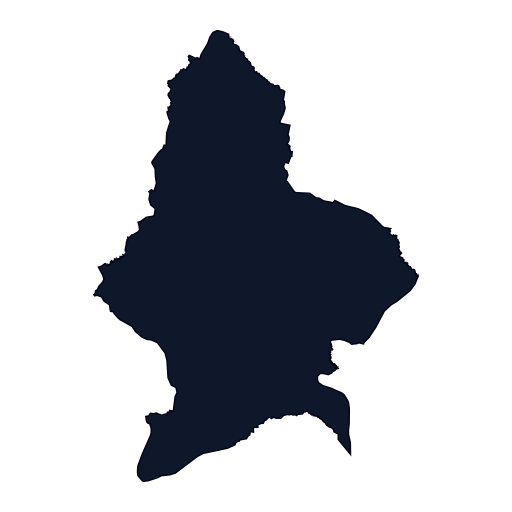 Nong Muang, Lop Buri, Thailand
{"feature_id": "78962969B8499402752452", "entity_name": "Nong Muang", "entity_type": "district", "adm_level": 2, "iso_a3": "THA", "parent_name": "Thailand", "parent_adm1": "Lop Buri", "projection": "albers", "projection_center": [100.697, 15.296], "detail": "fine", "context": "isolated", "style": "filled", "palette": "ink", "viewbox_px": 512, "rotation_deg": 0, "n_neighbors": 0, "source": "geoboundaries", "source_scale": "gbopen_adm2", "svg_char_len": 6016}
<svg xmlns="http://www.w3.org/2000/svg" viewBox="0 0 512 512"><path d="M158.0,477.5L161.2,475.7L169.8,474.8L175.3,473.1L197.1,456.6L203.0,453.4L227.7,448.1L234.7,444.9L234.5,444.2L235.2,444.1L234.9,442.9L236.7,442.5L236.9,441.4L239.3,441.1L239.9,439.9L246.4,438.7L248.1,436.0L249.8,434.9L250.1,431.6L253.5,432.1L253.3,427.5L257.9,427.2L257.7,424.9L261.2,423.4L263.2,423.3L264.7,420.0L265.7,420.3L268.7,417.3L269.9,417.3L271.4,418.6L273.2,417.3L276.5,418.2L280.9,418.1L283.7,415.3L287.5,414.5L289.6,414.8L290.9,414.1L292.9,415.0L295.2,414.7L296.6,415.5L297.9,414.3L302.6,413.9L303.6,412.0L305.2,412.0L305.7,411.3L308.0,411.3L308.8,413.0L309.6,413.1L311.5,414.8L312.8,414.6L313.2,415.6L317.2,416.2L317.7,417.1L319.2,417.4L319.6,418.3L321.8,419.4L323.7,421.9L324.8,422.4L326.7,425.2L327.8,425.3L328.2,426.4L332.2,428.1L333.5,429.7L334.0,431.8L338.3,434.0L338.2,439.4L350.5,454.4L350.3,442.6L348.5,434.6L348.4,430.5L349.1,424.0L349.3,409.2L348.5,402.6L347.7,400.7L344.1,394.8L341.9,393.1L330.9,388.2L322.7,385.6L318.7,382.8L317.6,380.7L317.3,376.5L320.1,373.4L323.3,373.5L328.5,374.6L331.9,372.8L332.1,372.0L335.1,370.3L335.6,369.2L338.1,368.4L337.8,367.9L336.1,367.9L337.2,367.1L336.0,366.9L336.6,366.5L336.3,365.9L334.7,364.3L333.6,364.7L334.0,363.8L331.9,363.8L332.2,362.4L331.2,361.7L330.9,360.7L330.1,360.9L329.8,360.4L330.8,358.2L330.2,358.1L330.0,356.7L330.7,356.6L330.1,355.1L330.5,354.6L329.6,354.3L330.5,352.3L329.9,351.5L330.5,351.4L330.8,350.0L332.0,349.9L331.7,349.2L332.3,349.0L331.3,348.3L331.8,346.2L331.0,345.1L331.4,344.2L330.6,343.5L330.4,341.0L331.5,340.1L339.8,339.2L344.5,340.3L349.5,342.4L351.6,344.2L357.1,343.6L358.8,342.8L363.6,343.9L363.8,342.7L368.7,337.8L375.9,327.0L384.3,311.1L391.3,304.6L396.6,301.5L410.0,290.7L414.7,284.5L418.2,276.2L417.9,275.0L417.1,275.7L416.2,275.4L416.4,273.8L415.6,273.8L414.6,270.0L413.4,269.4L412.0,269.9L410.4,266.8L407.7,266.1L408.1,265.4L407.0,264.1L407.6,263.7L407.4,263.1L406.4,263.4L405.9,262.5L405.0,263.2L404.9,262.5L403.3,261.5L403.0,260.6L404.0,260.0L402.6,258.9L402.6,258.0L399.5,256.6L399.7,255.0L401.5,253.2L400.9,252.3L400.4,252.5L399.8,251.1L398.9,251.0L399.3,250.0L398.4,248.8L399.3,247.1L398.6,245.2L399.1,242.3L398.4,242.0L397.7,239.5L396.3,239.1L396.7,235.6L395.4,235.3L394.7,236.2L393.5,234.9L392.3,235.9L390.7,234.6L389.3,234.9L389.3,234.2L390.0,234.1L389.7,232.1L390.4,231.1L389.2,229.9L390.0,230.0L389.8,229.2L390.5,228.6L383.9,227.5L382.0,226.1L371.6,215.4L358.5,208.9L345.1,205.6L334.8,200.4L333.1,202.7L323.6,200.9L319.5,198.3L315.9,197.8L309.8,193.3L296.4,192.7L295.0,192.4L293.9,191.2L287.4,181.8L286.0,180.7L287.9,175.0L286.6,170.9L285.5,170.8L283.7,167.6L283.7,165.4L285.2,162.3L288.3,163.2L290.8,156.5L291.8,156.4L292.2,151.7L290.5,151.7L289.8,149.0L289.2,149.1L289.9,146.5L288.7,146.6L289.1,145.4L287.8,144.6L286.8,144.7L289.0,140.4L289.1,137.2L288.0,134.7L289.9,125.3L280.0,123.2L280.1,121.0L283.5,113.6L285.1,108.0L284.2,103.7L284.3,101.2L283.5,100.8L283.3,99.8L284.7,91.5L282.8,90.1L280.1,89.7L279.4,87.3L278.6,87.0L278.9,86.1L277.8,85.4L274.2,85.9L272.8,84.3L270.1,83.8L269.3,82.3L267.2,81.4L267.5,80.3L265.7,79.6L264.1,77.8L262.5,77.2L262.3,76.4L261.5,76.4L261.2,75.7L259.3,74.6L259.1,73.5L256.9,73.1L256.6,71.8L255.1,72.3L253.6,69.7L254.2,68.2L253.7,67.1L251.1,66.1L250.3,62.8L249.2,62.9L249.5,61.6L248.1,61.1L247.2,59.9L247.4,59.2L246.1,58.7L244.2,56.8L244.5,56.1L244.0,56.0L243.5,54.6L244.1,53.8L243.4,52.5L239.6,50.7L238.6,46.6L236.4,45.1L233.7,44.4L232.9,42.2L233.7,41.4L232.9,39.6L231.0,38.5L230.0,39.3L228.8,38.3L228.4,37.3L229.2,37.0L228.3,36.7L228.7,35.4L227.8,34.7L228.4,34.2L222.7,31.8L217.9,30.7L216.8,30.7L212.8,32.6L209.8,37.5L207.7,43.5L201.0,54.9L200.1,58.7L196.9,57.7L196.1,58.5L189.2,55.4L188.3,56.5L189.1,57.9L188.8,60.1L190.9,62.0L190.3,62.2L190.8,63.4L190.3,63.5L190.2,64.5L188.8,65.0L188.8,66.7L187.1,67.2L186.6,69.0L185.7,69.8L183.4,68.8L182.2,70.2L181.1,69.9L181.2,70.6L180.6,70.8L178.3,74.1L176.8,74.2L175.9,75.2L176.1,76.8L175.5,76.7L175.4,78.3L174.0,78.2L171.9,80.2L168.3,80.9L167.8,83.3L169.1,83.5L169.2,84.0L168.4,84.7L168.3,85.9L171.3,88.7L170.0,92.2L168.5,93.4L168.1,95.1L169.6,98.2L170.8,98.7L170.6,99.8L171.6,101.3L170.6,103.1L171.3,103.8L171.0,105.3L169.0,107.5L168.1,107.3L168.2,108.9L169.3,111.2L167.2,111.4L167.1,112.6L169.0,118.8L170.4,121.1L166.7,132.9L166.1,145.3L164.2,145.1L162.3,149.8L161.5,149.6L158.5,152.7L152.0,161.7L152.1,163.3L155.1,168.6L155.5,176.9L156.5,183.2L154.0,191.4L151.4,189.7L149.0,191.6L150.0,193.2L149.0,199.3L150.8,205.0L155.3,208.6L154.3,215.1L153.2,216.2L146.3,217.3L140.6,221.4L138.1,222.2L139.0,225.5L139.7,225.7L139.2,226.5L139.6,230.0L138.2,231.8L132.7,235.0L132.0,234.8L129.2,237.7L127.9,237.2L127.9,238.7L126.9,240.1L127.7,240.8L126.6,241.6L126.8,242.6L127.5,242.6L126.4,243.1L127.1,243.7L126.3,244.3L125.2,249.7L125.8,250.2L125.4,250.8L126.1,251.1L126.0,252.8L125.2,253.7L125.0,255.3L123.0,254.8L123.5,256.3L123.2,257.1L122.4,257.5L122.3,256.6L120.1,256.5L120.0,259.0L119.1,259.2L118.9,258.6L118.0,258.6L117.6,259.8L116.8,259.6L116.3,258.6L116.1,259.2L115.2,259.2L115.2,259.9L114.5,259.2L114.2,261.4L113.4,261.2L112.5,262.1L111.7,260.7L110.9,261.4L111.1,262.3L110.5,262.4L110.4,264.5L109.3,264.3L108.4,265.4L107.6,264.4L106.7,265.5L105.5,264.5L105.7,263.7L105.1,263.6L101.2,266.4L98.4,267.1L102.8,275.3L103.9,279.1L102.8,281.9L98.9,286.3L97.5,289.5L95.6,290.9L95.1,293.6L93.8,294.7L94.7,295.8L97.2,295.3L101.6,296.8L104.1,301.2L109.4,304.7L110.5,311.2L113.3,311.8L114.2,313.6L118.1,317.9L120.1,319.7L132.0,326.3L135.6,331.7L142.4,337.4L147.2,339.4L151.3,339.9L157.4,342.6L165.1,353.0L167.0,360.4L168.1,377.8L171.4,385.3L176.0,387.4L177.1,392.5L175.2,396.5L173.3,411.2L169.8,410.4L169.1,412.3L167.5,412.2L166.9,413.8L163.2,414.6L162.1,415.5L156.1,413.0L153.7,413.8L150.8,413.3L149.6,414.2L149.0,415.8L145.8,416.5L146.6,421.6L147.7,423.0L150.6,424.2L150.1,424.9L151.1,427.7L151.3,432.1L150.7,435.0L142.1,454.6L137.8,466.4L137.5,472.2L137.9,475.5L142.3,480.8L143.5,481.3L148.3,480.7L158.0,477.5Z" fill="#0f172a" stroke="#020617" stroke-width="1.5"/></svg>